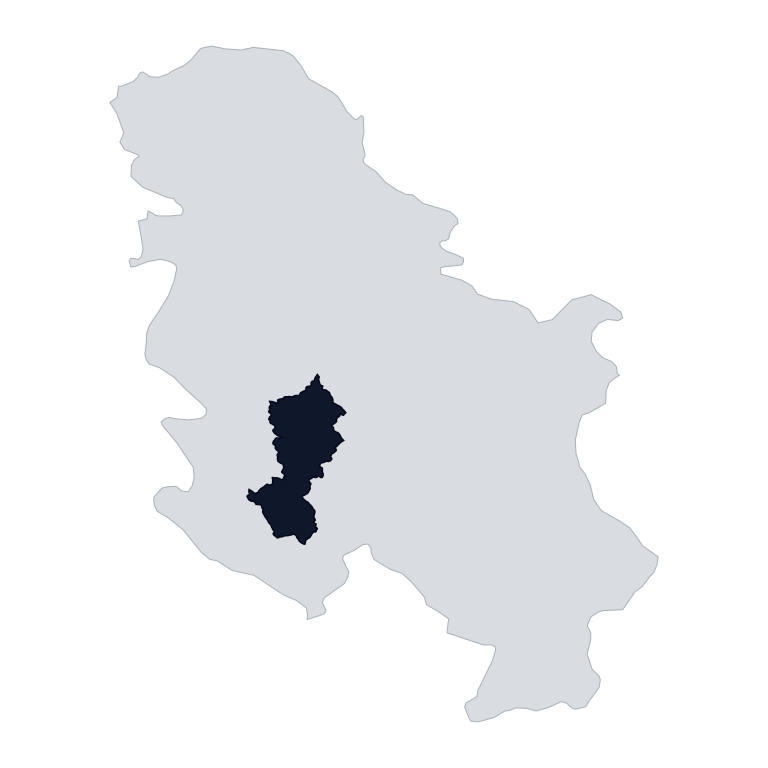 location of Moravicki within Republic of Serbia
{"feature_id": "SRB-829", "entity_name": "Moravicki", "entity_type": "District", "adm_level": 1, "iso_a3": "SRB", "parent_name": "Republic of Serbia", "parent_adm1": "", "projection": "equal_earth", "projection_center": [20.274, 43.751], "detail": "fine", "context": "in_parent", "style": "filled", "palette": "ink", "viewbox_px": 768, "rotation_deg": 0, "n_neighbors": 0, "source": "natural_earth", "source_scale": "10m", "svg_char_len": 9358}
<svg xmlns="http://www.w3.org/2000/svg" viewBox="0 0 768 768"><path d="M440.9,274.1L462.4,280.4L472.2,286.3L477.4,294.0L491.2,299.1L513.5,301.6L529.1,309.5L538.0,322.9L552.2,319.7L571.7,299.9L591.1,294.7L610.3,304.2L620.8,312.0L622.6,318.1L618.2,320.6L607.5,319.4L598.9,323.2L592.1,331.9L591.2,341.2L596.1,351.1L603.0,357.9L611.8,361.6L616.5,366.8L617.2,373.4L619.5,375.2L614.6,378.2L609.2,382.7L606.2,390.5L605.6,403.2L588.7,413.0L582.3,414.9L579.5,421.4L575.3,439.9L576.0,453.9L578.4,461.0L579.5,466.8L585.1,473.9L590.2,484.9L593.7,499.3L601.2,510.5L620.3,521.5L629.8,527.9L636.9,537.2L642.3,545.6L658.1,556.8L657.0,564.7L653.7,572.6L650.1,576.2L642.5,586.3L635.0,591.9L622.7,609.7L602.9,610.6L598.2,612.1L590.8,616.9L587.2,625.8L590.8,632.9L590.6,640.1L587.1,654.2L592.1,669.2L599.1,676.1L600.3,680.0L599.2,687.1L588.9,701.4L585.8,706.7L575.4,709.3L571.8,708.0L566.3,703.0L561.3,701.6L548.9,707.4L536.2,711.0L526.2,708.3L516.3,707.9L509.5,710.3L504.4,711.2L494.3,717.4L478.1,721.9L470.6,721.0L467.8,715.1L464.7,706.8L466.1,703.0L476.8,696.5L478.0,690.2L492.7,660.1L495.5,650.3L495.6,647.1L491.7,644.9L483.5,645.0L447.0,632.8L448.6,618.8L437.9,611.3L426.4,604.6L424.4,597.1L411.5,582.0L402.2,573.5L390.2,569.3L379.9,563.1L373.8,559.3L371.0,552.2L371.0,548.1L367.9,544.0L362.9,544.5L354.6,550.1L344.2,554.9L342.4,558.4L346.2,566.8L348.9,572.1L347.7,577.1L344.4,583.5L324.5,597.6L322.3,602.6L326.1,610.5L323.7,614.2L307.1,619.5L307.5,615.1L306.5,608.1L296.9,600.7L283.5,594.9L253.7,575.2L242.2,572.7L231.9,570.4L217.3,560.9L209.7,559.3L201.4,552.5L183.2,529.9L167.8,517.5L157.2,511.3L154.3,505.2L153.7,498.9L154.1,496.8L162.1,488.0L168.3,486.7L176.2,486.4L181.4,490.9L188.3,491.8L192.1,486.1L194.2,477.8L193.3,467.3L176.9,442.9L162.8,425.9L161.2,422.2L164.3,419.0L169.2,417.3L174.5,418.7L188.3,419.9L201.6,418.4L206.2,414.2L206.2,408.6L201.4,403.5L185.9,389.5L173.9,377.2L159.7,367.8L149.2,364.0L146.1,359.3L144.9,354.2L146.1,344.8L146.8,332.9L149.4,325.4L158.9,311.3L168.1,296.4L173.8,282.0L176.8,268.7L175.7,264.9L171.0,262.0L161.0,259.2L147.2,261.7L135.3,266.5L130.7,266.9L129.2,260.9L131.1,258.3L134.8,258.6L137.8,259.7L141.1,257.0L143.1,249.0L138.4,221.1L147.2,218.6L147.4,214.6L148.2,211.0L157.2,215.9L170.0,216.0L181.2,215.0L182.9,212.3L182.8,208.3L180.5,205.2L176.5,202.7L173.7,198.8L166.1,197.1L142.6,187.1L131.0,176.4L131.5,165.2L134.9,159.0L139.0,156.8L137.8,154.7L124.6,149.5L119.9,142.2L123.8,132.9L117.1,114.0L109.9,102.4L117.1,97.4L118.1,90.3L118.7,86.2L121.6,86.2L133.2,81.5L137.4,77.6L139.8,73.0L142.6,71.9L150.3,76.8L158.4,77.3L167.5,74.2L174.4,69.8L182.6,66.2L186.3,63.8L191.0,59.9L200.7,48.4L211.5,46.1L225.9,49.0L241.6,50.0L253.3,47.4L283.0,50.7L289.3,53.4L293.5,56.3L301.3,66.1L308.7,78.8L319.1,84.7L331.5,91.6L337.9,96.7L347.3,112.0L354.7,119.4L357.1,119.1L359.6,117.1L361.3,115.6L363.3,117.0L363.4,121.6L363.9,131.9L362.2,142.8L364.8,153.2L364.9,156.4L363.1,159.3L363.3,162.0L365.9,164.8L376.0,171.7L385.4,182.2L396.2,189.7L406.2,194.5L412.5,194.8L422.9,203.4L443.3,209.5L449.9,211.7L454.4,215.2L457.6,219.3L457.9,223.6L454.7,225.8L450.4,231.7L448.6,238.9L445.4,240.7L442.1,240.9L439.7,243.0L440.3,246.1L443.0,249.0L447.3,251.7L455.5,254.4L463.6,258.4L463.5,261.5L461.9,264.9L451.6,266.1L444.0,266.7L440.5,268.1L440.9,274.1Z" fill="#d9dde1" stroke="#a8b0b8" stroke-width="1"/><path d="M343.7,440.4L340.1,442.9L339.0,444.1L337.7,445.2L336.9,446.3L335.5,447.3L335.4,447.5L335.3,447.9L335.4,448.2L336.2,449.6L336.3,449.9L336.2,450.5L335.8,451.0L333.8,452.8L332.1,453.6L331.7,454.1L331.4,455.0L330.8,455.9L330.7,456.2L330.8,456.8L331.5,458.1L331.8,458.9L331.7,459.3L331.6,459.6L331.1,460.1L330.2,460.9L329.6,461.1L328.4,461.5L326.6,461.2L326.0,461.3L324.2,462.3L322.3,462.7L321.3,463.0L320.8,463.4L320.2,464.1L319.6,465.8L319.3,466.3L322.0,467.8L322.4,468.3L322.5,468.7L322.3,470.0L322.4,471.5L322.5,472.2L323.2,473.9L323.2,474.3L323.1,475.7L322.6,476.9L322.4,477.2L321.8,477.6L321.3,477.6L320.8,477.5L320.2,477.2L319.0,476.1L318.4,475.9L317.9,476.2L317.2,477.1L316.2,477.5L315.3,477.5L313.8,477.0L313.1,477.1L311.4,478.4L310.0,479.1L308.9,479.8L308.8,480.1L308.8,480.5L309.6,482.0L310.2,482.8L310.8,483.5L310.9,483.8L310.8,484.4L310.3,484.8L310.0,486.3L310.0,487.3L310.2,488.3L310.1,489.1L308.8,491.3L308.4,492.3L307.6,493.2L306.9,493.8L302.4,496.2L301.9,496.6L301.9,496.8L301.9,497.0L302.8,498.0L303.6,499.1L304.7,500.0L306.5,501.6L307.8,502.1L308.3,502.5L309.1,503.8L310.5,505.0L312.3,507.1L312.9,508.7L313.5,509.3L314.3,510.0L314.7,510.6L314.9,511.5L314.8,512.4L314.4,514.4L314.3,514.9L313.9,515.6L313.8,516.2L314.0,517.1L314.2,518.2L315.0,519.2L315.2,519.6L315.2,519.9L315.2,520.2L315.0,520.6L314.2,521.6L314.0,522.0L314.0,522.3L314.2,522.8L314.7,523.4L316.1,524.0L316.0,524.6L315.7,525.7L315.7,526.3L315.8,526.7L316.3,527.5L317.0,528.1L317.3,528.6L317.3,529.0L316.4,530.0L316.3,530.5L316.3,531.1L316.0,531.6L315.2,532.0L313.8,532.0L312.9,532.6L312.2,533.4L311.6,534.7L310.9,535.7L310.3,536.8L310.0,537.2L309.3,537.9L307.9,538.6L306.3,539.7L305.9,540.0L305.7,540.4L305.6,541.6L304.9,544.1L304.3,544.3L303.7,544.1L302.6,543.4L301.2,542.8L300.2,541.9L299.4,541.3L299.2,541.0L298.2,539.2L296.8,537.5L296.7,536.9L296.4,536.1L295.0,534.7L293.8,534.2L293.2,534.2L291.7,534.8L290.1,535.1L288.1,535.6L284.8,535.8L284.3,535.9L282.4,536.7L279.5,537.1L278.2,537.8L277.6,537.9L277.0,537.7L275.8,536.5L274.6,535.7L273.6,534.8L273.2,534.0L273.2,533.4L273.3,533.2L274.1,532.3L274.2,531.6L274.1,531.2L273.9,530.9L272.6,529.3L272.3,528.3L271.5,527.0L271.4,525.9L271.2,525.5L269.9,523.9L268.5,522.4L268.3,522.0L267.8,520.6L267.6,520.2L266.0,518.1L265.0,516.6L265.1,516.4L264.2,515.2L262.8,512.6L262.7,511.6L262.7,511.2L263.0,509.8L263.0,509.4L262.7,508.9L262.2,508.3L262.0,508.0L261.5,505.8L260.9,505.1L259.4,504.6L256.8,504.4L256.1,504.3L255.6,503.9L255.1,502.5L254.7,502.1L253.1,501.3L250.9,501.0L249.9,500.6L249.2,500.0L248.6,499.4L247.1,496.6L247.1,496.2L247.2,495.9L247.5,495.6L249.1,494.6L249.4,493.9L249.4,493.2L248.9,492.2L248.8,491.5L248.9,490.5L249.1,489.4L251.3,490.7L253.1,492.1L254.0,492.9L254.5,493.2L255.1,493.3L255.5,493.3L257.7,492.5L258.2,492.1L258.7,490.9L260.8,488.7L261.3,488.3L262.9,487.5L266.4,484.6L267.0,484.3L267.7,484.3L269.4,485.0L270.0,485.0L271.3,484.7L272.2,484.0L272.6,483.4L272.7,483.1L272.5,482.0L272.7,480.9L272.7,478.7L272.2,478.1L272.3,477.5L273.1,477.5L273.6,477.9L274.2,478.0L275.9,477.7L277.8,478.0L278.9,478.3L281.3,479.6L282.0,479.7L282.6,479.4L283.3,478.7L283.7,477.3L284.4,476.0L284.5,475.6L284.5,474.9L284.3,474.4L283.8,473.9L282.4,472.9L281.8,472.3L281.7,472.0L281.8,471.4L282.6,470.3L283.1,469.0L283.7,467.7L283.8,467.2L283.4,466.1L283.3,464.6L283.2,464.4L282.9,464.2L281.1,463.4L280.3,463.0L278.2,461.5L277.8,461.0L277.7,460.7L277.7,459.9L277.4,458.8L277.6,456.8L277.1,455.0L277.2,454.7L277.5,454.0L278.5,453.0L278.6,452.5L278.6,452.1L278.0,451.1L277.5,450.6L276.4,449.8L275.3,448.2L275.3,447.5L275.4,447.0L275.5,446.3L275.3,445.6L274.9,445.2L273.7,444.7L273.3,444.2L273.1,443.8L273.0,443.4L273.0,442.6L273.5,441.1L274.6,440.0L275.4,438.7L275.9,438.2L276.2,438.0L276.8,437.9L278.3,438.0L279.4,438.0L282.0,437.4L279.8,436.4L278.3,435.9L276.8,435.0L274.5,433.2L273.2,431.4L272.9,430.7L272.9,430.1L273.3,429.6L274.4,428.9L275.0,428.0L275.1,427.7L275.2,427.4L275.0,426.9L274.5,425.9L274.1,424.8L273.5,424.7L272.9,424.6L270.7,423.3L270.1,422.7L269.9,422.4L269.9,421.8L270.4,420.9L270.5,420.5L270.3,420.2L270.2,420.1L269.1,419.8L268.7,419.4L268.8,419.0L269.4,417.3L270.8,415.8L271.3,414.8L271.2,414.5L270.9,413.8L269.1,412.4L268.8,412.1L268.7,411.5L268.8,411.0L269.5,410.2L269.7,409.7L269.6,409.3L269.2,408.0L269.3,407.3L269.6,406.5L270.5,405.3L270.7,404.9L270.8,404.5L270.7,403.9L269.6,401.4L271.3,401.5L272.4,401.6L274.0,402.2L275.6,402.6L277.4,403.4L277.9,403.4L278.3,403.2L277.7,401.1L277.6,400.7L277.8,400.0L278.0,399.7L278.5,399.5L281.3,398.9L282.4,398.9L282.9,398.6L283.6,397.7L284.1,397.2L284.8,396.8L285.5,396.7L287.3,396.9L289.2,396.5L289.5,396.5L291.0,396.9L291.7,396.9L292.7,396.6L295.0,395.6L296.0,395.5L298.4,395.5L299.2,395.3L299.6,394.9L300.2,393.3L300.9,392.6L303.3,391.3L304.8,390.8L305.8,389.9L306.1,389.4L305.9,388.1L305.9,387.8L306.4,387.2L307.2,386.6L307.9,386.3L308.7,386.2L309.9,386.3L310.2,386.2L310.7,385.8L311.0,385.3L311.2,384.8L311.1,383.2L311.2,382.6L311.6,381.7L312.1,381.3L313.8,381.0L314.3,380.6L314.4,380.3L314.7,378.8L315.1,377.9L315.8,376.7L317.4,374.5L317.9,375.3L318.9,376.5L319.2,377.0L319.2,377.4L318.7,378.9L318.6,379.3L319.1,381.6L319.7,383.5L320.5,384.9L321.0,385.5L321.9,385.8L322.6,385.8L322.6,386.9L322.3,388.2L322.3,388.6L322.4,388.9L322.6,389.3L322.9,389.5L323.5,389.7L325.3,389.9L326.1,390.1L326.4,390.3L327.5,391.3L328.4,391.8L329.4,392.6L329.7,393.2L330.1,395.0L330.3,395.4L331.9,397.1L332.7,398.9L332.8,399.4L332.9,400.4L332.8,402.1L333.0,402.5L333.2,402.8L333.9,403.3L335.3,403.9L337.1,405.0L339.6,406.2L340.6,406.8L341.7,407.8L342.5,409.1L344.0,410.4L345.8,412.7L344.6,413.7L344.1,414.3L343.8,415.0L343.4,415.3L343.1,415.3L342.7,415.2L341.0,414.1L340.5,414.0L340.2,414.2L340.0,414.6L339.9,415.4L339.8,415.9L337.6,417.5L337.3,417.9L336.8,418.7L336.5,419.6L336.4,419.9L336.5,421.2L336.5,421.5L336.3,421.9L333.2,424.3L331.1,425.3L331.8,426.1L333.0,426.9L333.4,427.5L333.6,428.1L333.6,430.0L333.8,430.4L334.0,430.7L335.7,431.9L337.8,432.6L338.7,433.3L339.8,434.8L340.2,435.7L341.8,438.6L343.7,440.4Z" fill="#0f172a" stroke="#020617" stroke-width="1.5"/></svg>